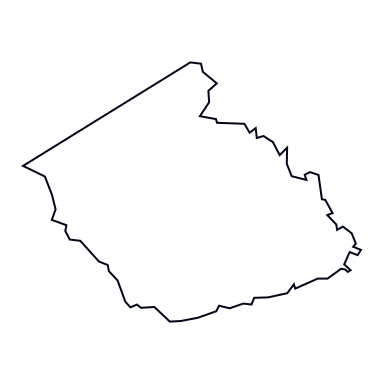 Burleson, Texas, United States of America
{"feature_id": "52423323B90377685931333", "entity_name": "Burleson", "entity_type": "district", "adm_level": 2, "iso_a3": "USA", "parent_name": "United States of America", "parent_adm1": "Texas", "projection": "natural_earth1", "projection_center": [-96.537, 30.513], "detail": "fine", "context": "isolated", "style": "outline", "palette": "ink", "viewbox_px": 384, "rotation_deg": 0, "n_neighbors": 0, "source": "geoboundaries", "source_scale": "gbopen_adm2", "svg_char_len": 1011}
<svg xmlns="http://www.w3.org/2000/svg" viewBox="0 0 384 384"><path d="M23.0,165.9L44.9,176.5L52.0,194.9L55.6,209.4L51.8,219.9L66.4,225.2L65.3,230.9L69.7,239.5L80.3,240.8L98.9,261.5L107.7,265.0L108.9,271.2L117.6,280.5L125.3,301.7L130.4,307.3L136.9,304.6L141.0,307.8L154.4,307.0L169.8,321.6L180.7,321.0L197.7,317.8L216.3,311.2L219.1,305.7L229.6,308.3L243.3,303.6L251.5,304.5L254.2,297.8L268.0,297.4L287.3,293.2L293.9,284.3L295.2,288.6L317.7,278.6L327.5,278.6L341.1,268.8L345.3,269.5L347.7,271.9L350.6,270.2L344.2,264.4L349.6,252.1L357.6,255.1L361.0,249.9L353.2,246.8L355.8,243.6L351.7,233.3L342.9,226.6L337.1,229.9L336.3,224.5L327.3,215.1L332.6,213.1L325.3,200.0L321.9,199.2L318.5,175.0L309.9,172.1L304.7,174.8L306.4,179.9L291.7,176.2L286.8,163.9L287.1,147.7L279.7,155.1L272.9,142.1L263.5,136.0L256.8,138.0L255.7,128.1L249.6,132.7L244.4,123.8L217.0,122.8L216.0,119.1L199.9,116.2L209.1,102.3L208.4,90.8L216.8,83.4L202.8,71.8L201.0,63.7L190.3,62.4L23.0,165.9Z" fill="none" stroke="#020617" stroke-width="2"/></svg>